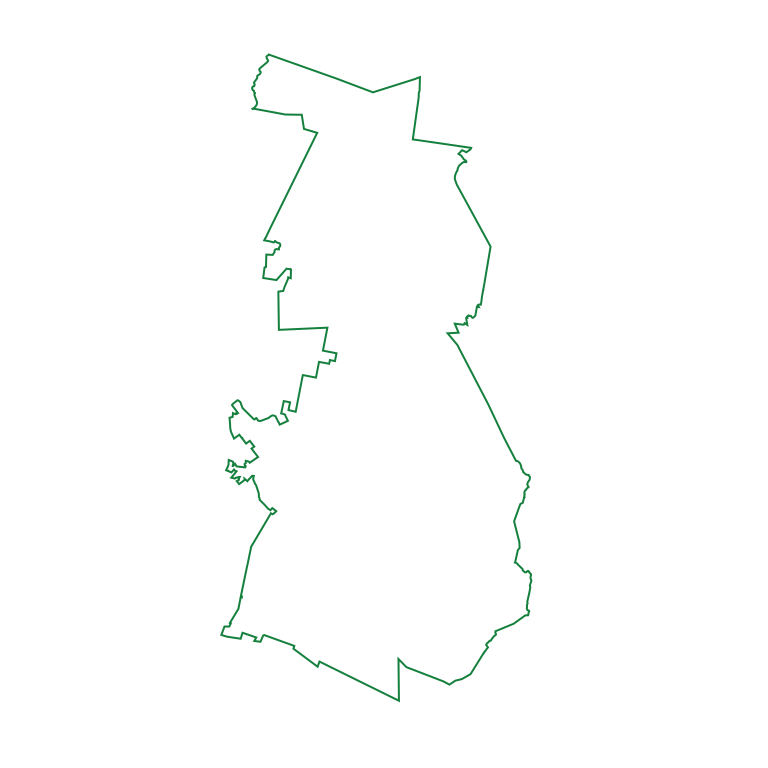 Agualeguas, Nuevo León, Mexico, rotated 281°
{"feature_id": "50627088B6039535347696", "entity_name": "Agualeguas", "entity_type": "district", "adm_level": 2, "iso_a3": "MEX", "parent_name": "Mexico", "parent_adm1": "Nuevo León", "projection": "mercator", "projection_center": [-99.676, 26.298], "detail": "fine", "context": "isolated", "style": "outline", "palette": "green", "viewbox_px": 768, "rotation_deg": 281, "n_neighbors": 0, "source": "geoboundaries", "source_scale": "gbopen_adm2", "svg_char_len": 6127}
<svg xmlns="http://www.w3.org/2000/svg" viewBox="0 0 768 768"><g transform="rotate(281 384 384)"><path d="M685.4,208.0L684.7,207.7L684.0,206.8L682.9,206.2L681.9,206.5L681.2,206.9L679.6,208.3L679.1,208.6L678.0,208.2L673.7,204.8L671.3,202.8L669.6,201.6L669.1,201.5L668.4,201.7L668.0,201.9L666.9,203.3L666.2,203.5L665.5,203.4L664.5,203.0L662.5,200.9L661.6,200.8L660.1,201.2L659.8,201.1L659.4,200.8L657.4,200.0L655.8,199.1L655.2,198.9L654.7,199.0L654.2,199.3L653.7,199.8L652.7,199.9L652.4,199.7L651.9,199.8L651.6,199.7L651.0,198.6L650.7,198.3L650.0,198.1L648.8,198.2L647.9,198.7L647.4,199.2L647.2,200.2L645.8,200.8L645.5,201.1L645.1,201.8L644.8,201.9L644.0,201.5L643.6,201.5L643.1,201.6L641.5,202.5L636.8,205.4L635.8,205.8L633.9,205.7L632.7,205.3L630.4,204.0L629.0,202.3L628.9,202.4L629.2,202.8L629.3,203.5L629.3,203.8L629.5,204.2L629.4,204.5L629.7,235.7L632.6,251.9L619.1,256.8L617.8,270.5L516.0,242.8L505.2,240.0L504.5,239.6L502.2,239.0L502.2,245.3L501.9,248.5L502.0,248.9L502.4,249.3L502.8,249.6L503.5,249.7L503.5,250.0L502.6,251.5L502.4,252.6L502.2,254.5L502.0,254.9L501.5,255.3L500.1,255.8L499.3,255.7L498.2,255.0L497.6,254.9L496.1,255.2L495.9,253.7L496.1,253.2L495.7,252.2L495.2,251.5L495.0,251.4L493.8,251.1L492.7,251.4L489.5,250.1L488.6,243.8L476.4,245.8L475.7,244.5L465.0,245.2L465.5,258.6L478.6,266.3L478.7,269.5L479.0,270.0L478.7,270.8L470.0,272.3L470.4,269.6L468.7,269.7L460.5,267.9L456.1,267.3L454.6,262.8L454.3,262.7L417.1,270.5L428.5,317.7L405.1,317.7L405.1,331.5L397.1,331.5L397.2,326.4L393.5,326.3L393.4,326.3L393.3,316.0L377.3,316.0L377.3,302.8L377.2,302.6L339.9,302.6L340.2,295.2L348.1,295.3L348.1,288.9L335.5,288.7L335.4,291.3L335.2,291.8L335.0,292.8L334.3,293.1L329.5,296.7L324.2,289.4L326.7,287.6L326.8,287.3L331.7,283.6L331.9,282.4L332.0,281.2L331.9,280.5L331.3,279.6L329.6,277.9L328.7,277.3L324.4,270.3L323.9,269.2L324.0,267.5L326.2,265.3L326.2,265.0L326.0,264.8L324.6,263.8L324.5,263.0L333.5,249.6L338.8,246.5L340.0,244.2L340.1,243.3L335.6,239.4L334.3,238.8L327.7,246.1L327.2,244.7L326.4,245.0L326.0,243.9L326.6,241.3L322.8,241.7L321.4,238.8L314.8,240.7L312.3,241.2L308.7,242.5L306.9,243.6L301.8,247.2L306.6,251.7L303.6,255.0L303.8,255.3L303.2,255.6L299.2,260.0L302.6,263.1L297.8,268.6L295.3,266.3L288.3,274.3L281.1,267.2L282.0,266.2L282.2,263.0L279.8,263.3L278.8,262.4L277.4,263.0L277.0,263.6L276.9,263.9L276.6,263.8L276.2,263.8L275.6,263.6L275.0,255.0L276.2,254.0L277.3,252.9L274.6,251.5L274.6,251.1L274.8,251.0L277.0,251.4L278.9,250.5L279.8,246.1L274.6,246.8L269.2,245.5L268.8,247.6L269.1,247.8L269.0,248.1L268.6,248.5L268.1,251.1L271.4,253.1L270.7,253.8L270.2,255.9L262.9,252.0L262.8,255.0L262.7,255.6L264.0,256.9L264.0,257.6L264.1,257.8L265.1,259.2L265.1,259.6L265.2,260.1L264.4,259.8L263.4,259.6L262.3,259.9L260.6,258.0L258.1,260.9L263.1,265.4L263.4,265.5L263.8,265.3L264.5,265.1L262.5,268.4L264.0,269.2L268.2,271.8L268.3,272.0L268.7,272.1L268.9,273.7L268.2,273.6L267.4,273.7L265.3,273.8L263.0,275.5L261.7,276.2L260.3,277.7L254.3,281.1L253.2,281.7L251.1,282.4L249.2,282.8L248.2,283.6L246.6,284.0L242.0,290.8L239.7,293.6L238.4,296.6L240.9,298.0L238.6,302.5L236.2,300.9L234.9,299.5L235.5,297.7L199.0,284.7L193.6,284.6L181.2,284.5L179.8,284.4L148.3,284.0L148.3,285.1L147.2,285.1L147.3,284.0L135.5,284.0L120.3,278.4L120.0,278.3L119.8,279.3L116.4,278.4L115.5,273.7L106.6,272.2L106.0,278.4L106.6,291.9L112.8,292.6L110.8,307.0L107.0,305.7L107.4,311.9L114.0,313.4L114.7,314.3L109.8,345.9L106.9,345.6L93.8,372.8L99.2,373.6L75.9,459.1L116.8,450.7L110.7,459.5L110.2,460.7L103.4,499.1L101.4,505.6L106.4,510.6L109.1,516.6L115.7,524.3L139.0,533.2L138.9,533.3L141.9,534.6L145.3,536.3L147.4,534.1L147.9,534.1L148.4,534.3L149.6,534.9L150.1,535.6L151.2,536.1L151.9,536.7L152.2,537.0L152.3,537.5L152.6,537.9L153.7,538.2L156.4,539.5L158.2,540.7L158.7,541.3L159.1,541.6L159.6,541.7L160.1,541.5L161.5,540.6L162.6,540.6L173.4,557.0L183.8,566.8L184.5,569.6L187.9,569.6L188.8,569.9L189.1,569.6L189.3,569.0L189.4,568.1L189.8,567.6L190.8,567.0L192.5,566.9L193.3,566.7L194.0,566.5L194.7,566.5L195.8,566.8L196.2,566.8L197.1,566.3L197.8,566.2L207.2,566.5L212.6,566.4L213.5,565.8L213.9,565.6L218.9,566.2L219.6,566.0L220.6,565.2L222.2,564.7L223.6,564.7L224.5,564.8L225.2,564.6L225.5,564.4L225.8,563.8L226.5,562.9L227.2,562.5L227.3,562.1L227.6,561.9L228.0,561.3L228.0,561.0L227.7,560.5L226.4,559.6L226.1,558.9L226.0,558.3L226.8,557.2L227.3,555.9L228.4,555.5L229.0,555.0L229.7,553.9L230.2,553.3L230.8,552.2L232.0,550.3L232.7,549.6L233.2,548.8L233.3,548.4L233.7,547.5L233.7,546.6L234.9,546.8L246.4,547.1L249.0,548.4L254.7,547.0L274.0,537.9L288.4,540.1L292.3,540.8L293.7,542.8L298.9,543.2L299.4,543.1L299.8,543.6L300.5,543.2L301.1,543.0L302.3,543.2L302.9,542.9L303.2,542.6L305.9,542.6L306.7,543.0L307.4,543.8L308.5,543.9L308.7,544.1L310.4,545.6L311.0,545.3L311.4,544.7L311.9,544.2L312.5,544.0L313.4,543.8L315.1,544.0L317.8,545.2L318.4,545.2L320.0,545.1L320.8,544.8L321.3,544.3L321.6,543.5L321.9,543.3L322.3,543.2L322.2,541.0L322.3,540.4L322.6,540.0L322.9,539.4L323.5,538.5L323.9,538.1L324.2,537.4L325.5,536.8L325.9,536.4L326.6,536.0L327.2,535.2L327.8,534.8L328.2,534.6L328.7,534.6L329.6,534.2L330.6,533.7L332.2,532.5L333.0,531.4L333.6,530.2L333.8,529.6L333.8,528.2L348.9,516.2L354.5,511.8L383.4,490.6L436.4,448.5L445.9,436.8L448.6,447.4L456.7,442.0L457.4,451.0L457.7,451.2L459.1,451.5L457.9,454.5L464.2,452.1L464.8,453.3L465.1,453.2L465.3,452.5L466.1,452.7L466.7,453.5L467.3,453.7L467.5,454.0L467.1,454.6L467.3,455.5L467.3,456.4L466.3,457.4L465.9,458.2L465.9,458.7L467.9,460.3L468.8,460.6L477.5,460.5L477.6,462.4L479.2,461.0L480.2,462.1L480.3,463.9L483.1,463.9L488.4,463.5L495.0,463.4L495.4,463.6L495.6,463.4L499.7,463.4L539.2,462.4L593.3,417.7L595.1,416.5L598.6,414.5L599.3,414.3L601.3,414.0L603.8,414.2L605.6,414.6L607.8,415.4L608.0,415.4L608.3,415.3L608.8,415.2L610.5,415.5L612.6,416.0L616.2,418.8L617.1,420.0L617.4,422.2L617.6,422.4L618.0,422.5L618.2,422.4L618.9,421.6L619.6,419.9L620.3,418.9L622.8,416.4L624.1,413.2L628.4,416.1L627.2,420.6L630.8,424.1L632.4,424.5L629.6,365.6L671.8,363.4L676.6,362.6L678.6,363.0L692.1,360.7L689.2,356.1L668.2,317.5L674.8,278.8L685.4,208.0Z" fill="none" stroke="#15803d" stroke-width="2"/></g></svg>